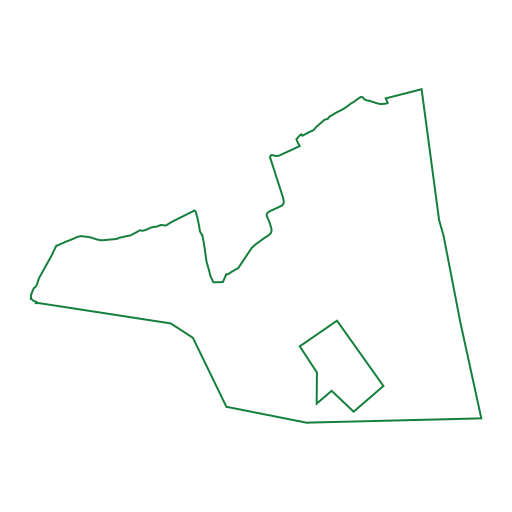 the district of Zemam Out, Ash Sharqiyah, Egypt
{"feature_id": "37247803B97784107411787", "entity_name": "Zemam Out", "entity_type": "district", "adm_level": 2, "iso_a3": "EGY", "parent_name": "Egypt", "parent_adm1": "Ash Sharqiyah", "projection": "natural_earth1", "projection_center": [31.601, 30.329], "detail": "fine", "context": "isolated", "style": "outline", "palette": "green", "viewbox_px": 512, "rotation_deg": 0, "n_neighbors": 0, "source": "geoboundaries", "source_scale": "gbopen_adm2", "svg_char_len": 2330}
<svg xmlns="http://www.w3.org/2000/svg" viewBox="0 0 512 512"><path d="M301.3,134.3L300.2,135.1L299.5,135.7L297.7,137.8L296.4,139.2L298.0,143.2L298.9,144.6L299.7,146.1L279.3,155.5L278.8,155.7L277.3,155.9L275.9,156.1L272.5,155.1L271.3,155.1L270.9,155.4L270.4,156.0L270.0,157.8L270.8,159.6L283.1,197.9L283.8,201.5L283.4,203.8L282.1,205.5L269.3,211.5L267.6,212.8L266.9,213.9L266.7,215.9L267.9,218.6L269.5,222.2L270.7,226.3L271.5,229.0L271.4,231.7L270.6,233.4L268.8,235.2L264.6,237.8L258.2,242.5L255.2,244.7L251.8,247.8L238.3,268.0L234.5,270.2L231.5,271.9L230.3,272.7L228.5,274.0L226.9,274.3L226.0,274.4L226.0,274.9L222.9,282.0L221.3,282.1L213.6,282.3L212.8,281.3L210.4,275.9L208.8,269.5L207.2,264.1L206.4,261.0L205.0,250.6L203.5,241.2L202.3,234.9L201.9,234.9L199.9,231.3L199.1,225.9L197.2,216.9L195.6,211.5L194.4,210.5L193.3,211.1L192.6,211.5L176.5,219.5L171.4,222.1L165.9,225.5L164.8,225.4L160.8,225.0L160.1,225.3L156.2,226.7L154.6,226.9L151.5,227.4L145.6,230.0L142.2,230.8L141.8,230.7L139.7,230.3L139.0,230.7L138.4,231.2L130.3,235.5L128.7,235.7L118.9,237.8L117.6,238.7L116.0,238.9L114.7,239.1L114.3,239.2L113.1,239.3L102.9,240.2L101.2,240.3L97.4,239.6L89.9,237.2L81.0,236.1L80.0,236.4L79.4,236.4L77.8,236.8L77.2,236.9L74.7,238.2L68.3,240.8L64.9,242.0L63.6,242.9L61.1,243.7L59.4,244.6L58.1,245.4L57.3,245.4L56.4,245.6L53.4,251.6L52.5,253.8L51.4,255.9L39.0,278.2L36.8,284.8L35.5,287.0L33.7,288.3L31.1,294.6L31.1,296.3L31.0,298.1L30.7,298.7L32.0,299.6L33.9,301.0L36.1,301.9L36.6,302.1L36.1,303.1L38.8,303.1L145.8,319.6L170.7,323.4L192.9,337.8L226.5,407.0L227.4,407.0L307.1,422.8L308.7,422.6L479.7,418.4L481.2,418.3L481.3,418.3L480.1,412.8L460.3,322.1L443.6,235.9L439.1,220.1L421.6,89.2L420.0,89.6L385.7,98.4L387.7,102.9L386.9,103.4L385.3,103.7L384.5,103.8L384.4,103.8L383.6,103.9L382.8,103.9L380.6,104.1L376.4,103.1L373.5,102.1L372.2,101.7L368.8,100.7L365.9,100.2L363.8,98.8L363.0,97.4L361.7,97.1L360.9,96.9L360.2,97.3L358.8,98.2L354.1,101.7L351.1,103.4L346.0,107.3L341.7,109.9L336.6,112.4L333.2,114.5L329.3,116.7L327.8,118.9L324.6,119.7L323.8,120.4L316.5,126.7L313.5,130.2L309.6,131.9L302.4,135.7L302.0,135.3L301.3,134.3ZM331.6,390.8L330.7,391.6L316.7,403.6L316.7,402.5L316.9,372.5L299.8,346.3L335.8,321.5L337.0,320.7L354.5,345.3L383.4,386.0L353.6,411.7L353.0,411.1L331.6,390.8Z" fill="none" stroke="#15803d" stroke-width="2"/></svg>